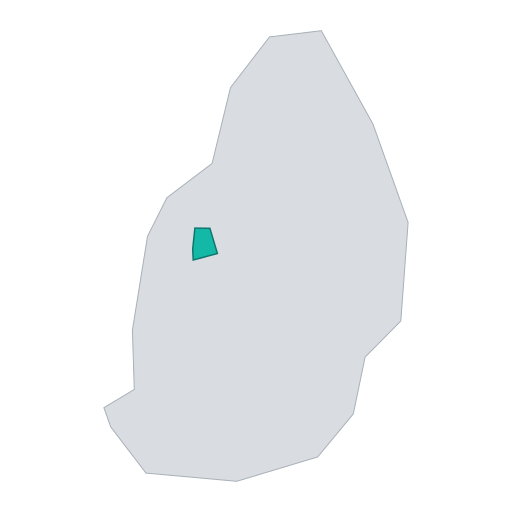 location of Beau Bassin-Rose Hill within Mauritius
{"feature_id": "MUS-5181", "entity_name": "Beau Bassin-Rose Hill", "entity_type": "City", "adm_level": 1, "iso_a3": "MUS", "parent_name": "Mauritius", "parent_adm1": "", "projection": "equal_earth", "projection_center": [57.468, -20.238], "detail": "fine", "context": "in_parent", "style": "filled", "palette": "teal", "viewbox_px": 512, "rotation_deg": 0, "n_neighbors": 0, "source": "natural_earth", "source_scale": "10m", "svg_char_len": 491}
<svg xmlns="http://www.w3.org/2000/svg" viewBox="0 0 512 512"><path d="M317.7,456.9L236.7,481.3L146.0,473.1L110.7,426.9L103.9,407.7L134.3,389.4L132.4,330.2L147.5,236.3L166.9,197.7L212.1,163.4L230.5,87.6L269.5,36.9L321.3,30.7L373.0,124.2L408.1,222.5L400.8,321.0L365.1,357.1L353.3,413.9L317.7,456.9Z" fill="#d9dde1" stroke="#a8b0b8" stroke-width="1"/><path d="M193.2,260.0L192.7,248.9L194.9,228.1L209.9,228.3L217.4,253.5L193.2,260.0Z" fill="#14b8a6" stroke="#0f766e" stroke-width="1.5"/></svg>